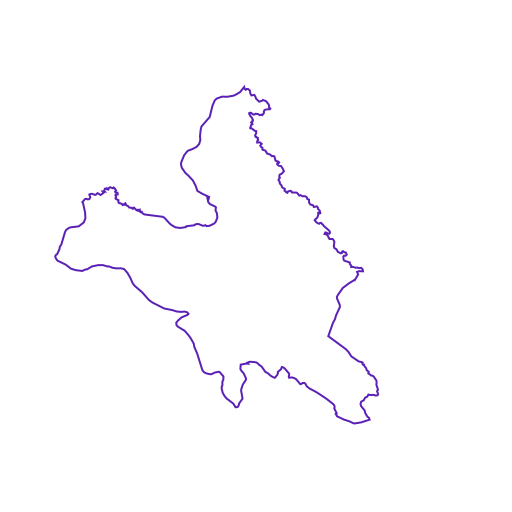 outline of Banwa, Banwa, Burkina Faso, rotated 299°
{"feature_id": "67063806B90065327421296", "entity_name": "Banwa", "entity_type": "district", "adm_level": 2, "iso_a3": "BFA", "parent_name": "Burkina Faso", "parent_adm1": "Banwa", "projection": "equal_earth", "projection_center": [-4.034, 12.22], "detail": "fine", "context": "isolated", "style": "outline", "palette": "violet", "viewbox_px": 512, "rotation_deg": 299, "n_neighbors": 0, "source": "geoboundaries", "source_scale": "gbopen_adm2", "svg_char_len": 6122}
<svg xmlns="http://www.w3.org/2000/svg" viewBox="0 0 512 512"><g transform="rotate(299 256 256)"><path d="M398.1,163.7L391.6,162.6L387.8,160.4L385.4,158.7L381.4,153.8L378.9,149.0L374.6,145.3L372.0,144.5L366.2,145.1L355.2,148.1L342.8,145.5L339.6,146.4L333.7,148.9L330.4,151.1L326.4,152.0L322.6,151.1L318.8,148.6L315.0,145.4L314.0,145.1L309.4,144.3L302.3,145.1L300.1,145.7L297.2,148.3L294.5,153.8L293.4,158.3L291.4,164.3L288.2,169.1L284.5,173.2L284.4,178.8L284.9,186.4L282.8,186.9L282.8,185.7L280.0,188.1L279.1,190.6L279.4,196.2L279.1,197.4L276.4,198.4L274.2,201.3L270.8,203.6L266.2,204.2L264.0,203.6L260.0,200.8L258.8,199.3L258.2,198.3L258.4,196.7L257.4,196.0L256.6,194.5L256.1,190.2L255.5,189.1L254.0,187.4L253.1,187.3L248.2,180.6L247.2,180.6L243.8,176.2L242.0,171.6L242.1,167.0L242.6,164.6L245.0,157.5L245.1,155.5L238.3,138.4L238.3,136.0L239.3,134.6L239.2,134.0L238.4,133.7L238.5,133.2L239.9,132.0L238.6,131.7L238.5,131.3L239.3,130.9L239.3,130.4L238.8,129.7L238.2,129.7L238.3,128.5L239.2,125.9L238.9,125.6L238.6,126.0L237.5,125.3L237.8,123.7L236.9,121.6L237.6,120.0L237.5,117.9L238.8,116.2L237.8,115.6L237.1,116.1L235.9,114.6L236.6,113.4L235.9,110.2L237.2,108.9L238.1,108.7L238.0,105.6L238.5,105.0L239.6,105.2L241.1,103.5L241.6,103.6L242.7,105.2L244.2,104.2L243.5,102.2L244.1,101.5L245.5,101.8L246.4,100.3L246.9,98.4L245.9,98.2L245.4,95.0L244.1,94.4L242.7,94.6L242.9,92.9L242.1,93.1L242.0,91.7L241.6,91.2L239.3,91.6L239.0,92.5L238.1,90.6L237.5,92.1L234.0,90.5L234.2,87.0L231.8,86.1L231.3,85.3L231.0,82.7L230.3,81.4L229.0,80.4L226.9,82.7L224.9,82.6L223.9,81.3L223.8,80.1L223.0,78.9L218.9,78.0L218.3,79.2L211.1,85.5L206.3,88.5L201.9,89.1L196.0,86.6L191.3,80.1L189.9,78.8L186.8,77.3L184.1,77.4L172.0,80.1L168.7,80.0L166.7,80.8L161.1,81.2L159.7,80.4L158.3,80.6L156.9,82.1L155.7,84.6L156.2,93.7L155.2,100.3L156.2,105.1L158.7,111.3L161.7,113.5L162.5,114.8L167.3,117.5L171.6,122.5L173.8,126.5L174.8,131.1L175.5,132.0L176.2,136.4L177.3,139.5L179.7,143.7L180.6,147.0L178.9,151.8L175.7,157.0L172.5,161.2L171.2,163.9L169.0,174.2L165.6,183.7L165.1,187.9L165.6,201.2L168.1,209.0L169.0,213.5L170.9,217.8L172.7,220.3L173.4,223.0L172.7,225.0L171.2,224.6L166.3,220.7L161.5,219.0L158.9,218.6L156.9,220.1L156.3,222.3L156.0,229.9L153.9,235.7L152.0,239.4L149.1,244.1L146.7,246.0L142.2,251.8L130.3,264.3L129.2,266.5L129.2,269.3L130.3,273.1L131.1,274.4L134.1,276.5L136.8,279.7L136.8,280.6L134.9,285.9L131.7,287.5L129.7,287.5L126.7,289.3L124.9,289.4L123.1,290.5L120.2,293.2L118.2,296.5L117.1,299.6L115.9,307.7L113.8,311.4L114.9,313.1L117.1,313.3L118.9,312.7L124.7,313.4L131.1,308.2L132.8,307.6L137.1,306.8L143.1,307.2L144.4,306.2L147.4,302.1L148.4,299.1L149.6,297.1L153.6,295.3L157.2,299.7L158.0,301.4L158.5,300.2L160.4,301.7L162.4,305.9L163.1,308.1L163.0,309.2L162.3,311.7L162.0,314.6L159.2,320.3L159.2,323.5L158.4,326.9L158.3,329.4L158.6,331.5L162.0,332.2L163.7,332.1L165.1,331.3L169.1,332.8L171.4,332.4L171.8,333.9L171.5,335.8L169.3,341.7L168.7,342.4L166.3,343.2L165.6,344.0L167.3,346.4L167.8,349.2L167.7,350.8L165.4,356.9L166.2,357.8L167.5,358.3L168.4,359.9L168.3,361.0L166.6,363.7L166.1,366.6L166.2,375.3L165.3,386.7L163.9,395.3L163.3,396.9L161.8,398.1L160.7,398.3L157.7,402.6L156.7,402.3L156.7,403.1L155.9,403.3L155.1,404.5L155.5,411.8L156.7,418.2L156.9,422.2L157.4,423.5L161.5,428.7L167.9,434.7L169.2,433.3L169.5,431.3L171.3,428.1L173.7,425.7L175.5,421.0L177.0,419.3L179.3,418.6L180.9,419.3L181.9,420.2L184.9,420.1L186.9,421.5L189.3,421.5L189.9,423.5L191.7,426.5L191.9,428.3L193.1,429.8L194.4,429.8L196.5,427.4L198.2,427.5L201.9,423.6L203.9,422.8L205.5,421.6L207.7,417.2L207.8,415.8L207.3,414.7L207.9,411.0L209.3,410.8L209.9,408.0L211.2,406.8L212.6,403.6L213.3,403.2L212.9,402.2L213.2,401.3L214.4,401.0L214.5,400.1L213.6,396.9L214.4,388.1L216.9,383.4L218.1,379.6L220.9,358.1L235.0,355.7L239.0,355.7L242.9,354.8L252.2,354.1L254.0,352.8L258.1,347.5L259.4,346.6L261.8,346.5L270.1,347.4L276.7,350.3L282.8,353.7L282.8,354.1L289.3,354.3L291.1,352.1L292.7,353.5L294.5,357.0L296.2,355.6L296.6,353.6L295.5,352.3L295.1,350.3L294.1,349.1L293.4,345.8L292.5,344.6L293.8,343.8L294.6,341.8L295.8,341.2L294.7,335.5L295.3,334.3L297.8,332.7L298.9,332.8L299.8,334.4L301.2,334.7L302.6,332.8L302.1,331.5L302.4,329.7L301.7,329.3L300.2,329.6L299.5,329.0L299.3,325.7L300.9,323.0L300.9,320.9L302.1,319.4L306.5,317.6L307.9,315.4L308.0,314.7L306.5,312.0L308.8,308.5L309.0,307.0L308.5,305.3L310.2,305.2L310.6,306.2L310.5,308.2L311.1,309.4L312.5,309.3L313.6,308.0L315.2,300.5L315.9,299.4L315.9,298.4L316.6,296.9L315.9,296.0L314.8,295.6L314.7,295.0L314.7,292.6L315.8,289.9L319.5,291.0L322.3,290.4L324.0,289.4L324.4,289.8L323.9,290.8L324.6,291.5L326.5,289.8L327.4,287.2L328.2,286.7L329.0,285.3L326.9,282.8L328.0,281.5L327.4,278.5L328.4,276.6L331.0,275.0L330.7,273.3L332.1,271.7L332.0,269.8L330.8,267.7L330.8,265.4L329.8,264.5L330.9,262.1L331.1,260.7L329.0,256.7L329.0,256.3L329.7,255.8L329.8,254.6L328.0,252.7L326.5,252.8L326.3,251.6L327.0,250.4L326.9,249.3L328.7,248.6L328.6,246.3L328.9,245.2L330.1,244.1L331.0,241.6L332.3,240.9L333.4,238.8L335.1,238.6L335.9,239.0L337.1,237.6L338.7,237.3L340.7,238.7L343.7,239.3L345.1,237.5L346.8,234.3L346.0,232.3L346.4,230.1L347.4,229.7L348.4,230.8L349.0,230.9L349.4,229.9L348.8,227.0L352.0,223.8L351.8,222.5L351.0,221.6L351.6,219.3L351.0,215.9L352.8,213.1L352.1,210.4L352.3,209.9L353.8,209.2L353.9,207.3L354.7,206.2L356.8,206.6L357.3,204.4L355.8,202.0L356.9,201.4L358.7,201.6L359.3,200.6L360.2,200.4L360.0,198.4L360.3,198.4L360.5,197.2L361.2,196.7L363.2,196.7L365.3,195.7L364.9,194.4L365.5,190.2L365.0,189.4L365.1,188.9L368.2,188.3L369.6,189.0L370.3,187.9L370.3,187.1L371.1,187.1L371.9,187.8L372.5,187.3L373.4,187.5L375.1,185.0L375.6,183.2L376.6,182.1L377.0,181.1L377.8,180.8L378.7,181.8L378.7,183.5L378.3,185.0L379.3,186.3L380.1,186.5L381.1,188.8L381.0,191.0L382.1,192.0L382.2,193.2L385.0,193.6L386.2,192.8L387.8,192.7L389.3,194.1L391.1,197.0L391.8,197.1L392.3,195.3L393.4,194.9L394.7,193.6L396.3,189.7L395.8,186.4L395.0,186.2L392.5,184.0L393.6,179.8L395.1,178.2L396.1,176.4L394.2,174.1L395.3,172.4L397.8,170.3L398.2,168.0L397.5,166.8L396.4,166.5L396.7,164.9L398.1,163.7Z" fill="none" stroke="#5b21b6" stroke-width="2"/></g></svg>